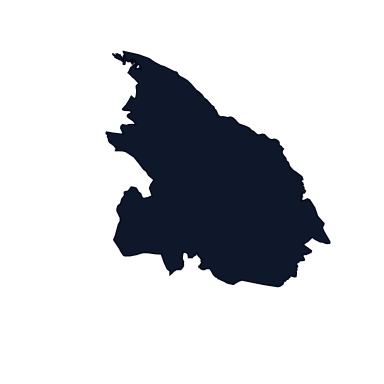 the district of Kasenga, Katanga, Democratic Republic of the Congo, rotated 304°
{"feature_id": "63176286B77262619841164", "entity_name": "Kasenga", "entity_type": "district", "adm_level": 2, "iso_a3": "COD", "parent_name": "Democratic Republic of the Congo", "parent_adm1": "Katanga", "projection": "equal_earth", "projection_center": [28.249, -10.367], "detail": "fine", "context": "isolated", "style": "filled", "palette": "ink", "viewbox_px": 384, "rotation_deg": 304, "n_neighbors": 0, "source": "geoboundaries", "source_scale": "gbopen_adm2", "svg_char_len": 5986}
<svg xmlns="http://www.w3.org/2000/svg" viewBox="0 0 384 384"><g transform="rotate(304 192 192)"><path d="M155.4,302.8L161.7,316.2L163.2,317.5L164.7,318.2L166.6,318.8L169.7,318.0L170.3,319.1L172.6,319.3L173.6,320.3L175.2,320.2L176.0,320.7L176.7,320.3L177.4,320.4L177.9,321.0L179.1,324.5L180.1,325.4L183.1,323.9L184.7,322.5L186.2,322.4L187.2,321.3L189.3,321.1L189.7,320.7L190.3,319.1L191.2,318.6L192.0,318.6L193.6,319.6L194.2,319.7L194.8,319.2L195.5,319.6L196.1,320.8L198.1,323.1L198.7,323.0L199.4,322.1L201.0,319.1L202.9,319.8L204.3,321.8L205.3,322.0L206.3,323.2L207.6,323.4L208.2,324.3L210.0,323.9L210.3,315.2L210.7,314.1L211.4,313.6L215.8,315.6L221.1,316.7L221.9,317.5L221.7,320.5L222.4,326.2L223.5,327.9L224.5,332.0L225.3,333.3L226.5,334.7L227.7,334.2L232.9,323.5L234.6,320.9L235.8,319.7L238.7,319.4L239.7,318.9L240.5,315.3L242.1,309.5L247.5,302.5L251.2,293.9L250.8,291.5L248.0,290.0L245.5,287.6L246.0,286.7L246.4,286.6L246.8,287.1L247.4,287.1L248.6,285.7L248.9,285.6L249.3,286.1L249.8,286.2L250.2,284.6L250.5,284.3L251.2,284.9L251.8,284.7L253.0,283.8L253.5,285.0L254.1,285.6L254.8,285.7L255.3,285.0L255.9,285.4L256.3,285.4L256.7,283.6L257.2,282.9L258.1,282.4L258.5,281.8L259.3,278.9L259.7,278.7L259.7,279.9L260.4,280.0L260.7,278.8L261.2,278.9L261.4,278.5L261.5,276.9L261.9,276.4L263.5,276.0L264.3,276.8L266.1,274.4L266.5,267.7L266.4,263.6L267.8,258.4L270.3,255.3L270.5,253.2L270.8,252.5L272.5,250.6L273.3,247.6L274.4,245.2L275.5,244.2L276.9,243.6L278.8,243.7L278.9,242.1L279.5,240.9L279.5,238.6L280.0,237.5L281.7,236.5L282.1,235.8L282.5,234.0L282.2,231.8L281.5,230.5L279.5,228.5L279.1,226.6L279.2,224.4L280.0,220.5L279.9,219.6L279.1,218.0L276.9,216.0L276.2,215.0L275.9,213.6L276.5,209.5L276.2,207.0L276.9,203.8L276.4,200.0L274.6,193.3L274.9,190.7L275.7,188.0L276.2,184.4L275.6,182.0L273.5,180.1L272.1,176.4L270.3,173.8L269.9,172.7L270.5,170.0L272.2,167.6L273.1,165.9L273.3,164.2L274.1,163.3L274.7,162.2L274.7,159.5L276.5,152.8L276.6,149.3L278.0,146.0L278.7,141.3L278.6,138.7L280.7,131.0L281.6,125.9L281.5,122.3L281.0,117.8L281.1,115.4L282.3,113.4L282.6,112.4L282.5,111.5L281.8,110.5L280.3,98.8L279.2,95.7L278.4,87.9L278.5,81.8L275.7,70.8L270.1,56.6L269.4,57.2L269.2,57.7L269.2,58.5L269.8,58.8L269.7,59.3L269.0,59.1L268.5,59.4L267.9,59.1L267.0,59.4L266.7,59.1L266.1,59.3L266.0,59.7L266.3,60.0L267.5,60.0L266.5,61.6L266.0,61.6L265.9,60.8L265.7,60.6L265.1,61.0L264.7,60.9L264.8,60.5L264.4,59.8L263.9,59.9L264.2,60.7L263.5,61.0L263.4,59.7L263.8,58.9L264.4,58.5L264.6,56.4L265.3,56.1L265.4,55.6L265.0,54.9L264.7,52.9L264.2,53.0L263.9,53.6L264.1,52.5L263.9,52.1L262.9,53.3L262.2,52.8L262.1,51.4L262.4,49.8L262.2,49.3L261.7,49.7L261.6,51.9L260.8,52.6L260.8,55.0L261.3,55.9L261.1,57.3L261.7,59.2L261.4,62.3L261.6,62.7L261.1,63.1L259.9,63.3L259.5,63.8L260.3,64.8L261.6,64.3L262.4,63.4L263.5,63.7L263.7,63.3L264.5,62.9L265.0,63.6L264.4,65.3L264.3,66.1L264.5,66.4L265.9,67.5L265.6,69.3L266.6,69.2L267.6,68.3L267.9,68.3L267.4,67.6L268.9,68.1L269.1,68.4L268.5,69.5L268.5,69.9L269.0,70.5L268.9,71.0L268.6,70.9L268.6,71.5L267.5,70.2L266.3,70.1L266.5,69.8L267.2,69.8L268.5,70.6L267.8,69.9L267.0,69.7L265.4,69.9L264.8,70.8L266.7,71.2L267.5,71.0L267.9,71.7L267.9,72.4L267.4,73.2L267.6,74.3L267.2,75.7L267.9,76.5L268.1,77.3L267.5,78.3L266.5,78.9L267.3,79.8L267.2,80.7L266.8,81.0L265.4,81.1L264.3,81.7L264.4,81.3L264.9,80.5L265.4,80.1L265.2,79.8L265.1,79.0L264.7,78.5L263.6,78.4L263.4,77.3L262.8,77.2L262.6,76.9L263.2,75.1L263.4,75.8L263.9,75.3L264.7,75.9L265.0,75.8L265.0,75.3L266.0,75.6L266.3,74.6L266.3,74.4L265.9,74.5L266.2,73.8L266.1,73.3L265.9,72.9L263.7,72.6L263.0,72.2L261.5,72.3L261.0,71.7L260.2,72.0L258.8,72.0L258.3,72.4L257.9,72.2L257.1,72.5L255.2,72.4L255.0,74.7L254.2,78.3L254.0,81.1L252.4,87.5L251.8,87.5L250.4,86.7L248.4,86.7L244.8,89.9L240.8,92.0L239.0,92.7L237.7,92.6L236.9,91.8L237.4,88.2L233.1,88.7L227.3,88.9L221.9,88.1L221.6,88.7L221.9,90.1L224.8,94.8L224.8,96.3L223.9,97.2L223.0,97.2L222.1,96.8L221.5,96.1L220.6,96.1L220.3,95.7L219.0,95.9L218.5,96.2L218.2,98.3L218.2,103.1L217.8,105.0L216.7,107.6L215.3,106.3L214.6,104.9L212.5,102.0L211.3,101.3L210.3,100.2L209.1,97.0L207.3,96.4L206.0,96.8L204.9,97.5L203.4,100.3L201.7,102.2L201.0,102.4L196.2,93.0L193.9,87.7L193.1,87.7L192.5,88.2L192.1,90.8L191.1,90.8L190.6,91.1L189.7,92.7L187.9,94.4L187.1,96.1L187.0,101.2L185.8,104.9L183.6,105.5L187.4,111.2L188.6,114.7L188.7,124.3L186.4,131.9L183.9,139.0L183.7,142.7L181.7,146.7L180.9,153.5L180.5,153.8L175.2,153.8L171.5,154.7L166.6,161.2L162.7,158.7L159.8,155.9L159.2,154.4L159.5,153.6L161.9,150.4L161.9,147.5L163.0,145.8L163.9,143.4L163.3,141.4L162.2,139.0L161.3,138.7L160.1,138.9L157.5,138.7L156.3,138.1L155.0,136.6L154.0,136.1L152.9,136.7L152.4,137.5L150.8,138.1L146.9,137.8L142.4,139.4L139.1,138.4L135.9,139.4L134.3,140.6L130.5,147.1L127.6,149.0L124.0,149.2L113.3,152.9L108.6,153.9L104.6,163.6L103.2,166.0L101.5,169.9L101.4,170.9L101.6,172.0L104.4,176.1L109.5,181.2L111.8,182.9L114.7,185.5L117.3,189.6L120.4,196.0L123.4,201.0L123.1,201.8L117.9,208.8L115.1,213.4L114.4,214.9L114.3,217.6L113.4,218.6L111.3,220.0L114.3,220.8L116.3,221.0L117.4,221.8L118.6,222.0L120.4,224.2L121.1,225.6L122.2,226.1L124.3,226.3L126.2,226.1L127.6,224.9L129.6,223.8L130.4,222.0L131.8,220.6L135.8,218.7L137.4,218.6L138.2,219.8L138.6,220.8L138.4,223.4L135.7,225.9L137.0,227.3L137.3,228.4L137.8,228.8L139.3,228.9L141.8,230.1L142.5,230.1L143.2,229.6L144.3,230.0L144.2,231.1L143.1,231.7L143.0,232.6L142.4,233.8L142.4,235.2L141.9,236.2L142.3,237.3L142.2,238.0L141.7,237.4L141.2,237.4L139.6,238.5L139.3,239.5L139.0,239.5L138.8,239.9L136.7,239.5L136.3,240.0L135.6,239.9L134.7,239.3L134.2,239.3L133.5,240.0L133.7,241.1L133.4,242.3L133.7,243.9L133.9,243.8L134.1,244.8L134.5,245.0L135.0,246.0L135.9,246.1L136.7,246.9L137.2,247.1L137.3,247.8L138.6,249.4L137.3,252.8L136.1,254.8L135.4,256.4L135.0,259.0L135.4,260.4L134.9,262.2L135.4,263.7L135.4,265.1L136.3,269.7L136.1,270.9L136.5,272.5L138.7,278.1L140.8,278.8L145.0,281.0L146.8,282.5L147.2,283.1L155.4,302.8Z" fill="#0f172a" stroke="#020617" stroke-width="1.5"/></g></svg>